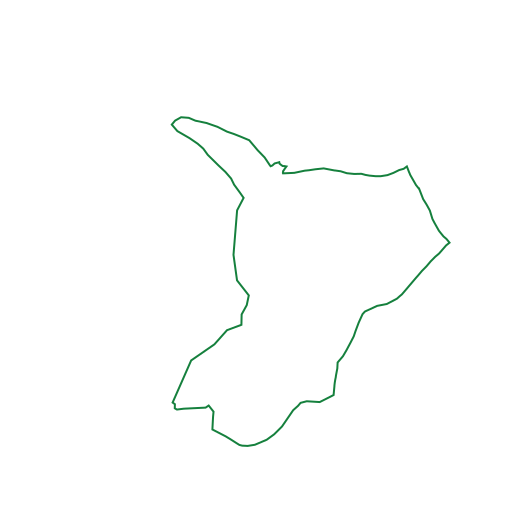 outline of Shomgom, Gombe, Nigeria, rotated 312°
{"feature_id": "59680162B64183111122385", "entity_name": "Shomgom", "entity_type": "district", "adm_level": 2, "iso_a3": "NGA", "parent_name": "Nigeria", "parent_adm1": "Gombe", "projection": "albers", "projection_center": [11.229, 9.728], "detail": "fine", "context": "isolated", "style": "outline", "palette": "green", "viewbox_px": 512, "rotation_deg": 312, "n_neighbors": 0, "source": "geoboundaries", "source_scale": "gbopen_adm2", "svg_char_len": 2161}
<svg xmlns="http://www.w3.org/2000/svg" viewBox="0 0 512 512"><g transform="rotate(312 256 256)"><path d="M97.9,339.7L101.7,354.2L102.1,356.4L102.6,358.9L104.0,367.3L104.5,370.1L105.8,372.6L109.3,376.9L115.0,381.5L126.6,386.9L135.6,388.8L140.7,389.1L146.7,389.4L155.8,388.2L166.3,386.8L172.7,387.5L176.7,387.4L182.0,390.9L190.1,401.1L204.6,406.7L211.7,401.4L212.3,400.9L214.7,399.2L217.2,397.6L219.1,396.5L220.7,395.4L226.8,391.7L231.5,387.9L239.2,387.7L239.6,387.7L246.4,386.3L254.5,384.3L261.7,382.4L266.8,380.2L275.2,376.9L284.1,374.1L287.5,374.1L288.1,374.3L300.0,379.4L307.8,385.3L318.6,389.3L322.4,389.7L325.0,390.1L333.1,389.9L336.1,389.8L339.9,389.7L347.1,389.5L349.1,389.5L356.1,389.3L362.5,389.6L368.9,389.4L375.3,389.7L380.4,390.4L391.1,390.2L395.4,390.9L396.1,386.2L396.1,385.9L396.0,382.2L396.8,377.1L397.2,374.9L400.0,366.6L401.6,362.3L406.1,354.8L408.1,349.1L408.6,347.5L410.1,342.2L415.0,332.5L414.9,332.5L415.0,332.2L415.8,327.4L417.4,322.6L419.4,316.5L420.6,314.0L420.6,313.9L423.5,308.2L419.6,307.4L415.7,304.9L409.7,302.5L404.1,299.6L398.9,295.4L395.5,291.7L392.1,287.1L391.9,286.9L389.7,283.4L389.4,282.9L387.8,279.7L387.5,279.2L382.7,274.1L378.3,268.1L375.6,262.2L372.3,257.3L372.1,257.1L366.4,247.7L360.3,242.2L355.2,238.0L352.0,235.1L343.4,228.8L335.5,220.8L335.7,220.4L336.6,219.9L337.1,219.4L337.7,219.3L338.0,219.3L339.3,219.1L340.9,218.9L342.9,218.7L341.8,216.9L340.7,215.6L340.5,213.7L340.4,211.7L341.3,210.5L337.2,207.9L334.2,207.6L332.5,206.8L332.7,205.6L335.0,196.5L335.7,186.5L337.5,173.5L334.3,164.4L332.1,158.5L331.5,157.0L331.4,156.8L329.0,151.2L326.2,140.9L321.7,130.2L316.0,120.4L313.7,113.6L309.0,107.5L302.5,105.3L297.3,105.5L296.2,114.0L299.1,127.7L300.4,137.5L300.5,145.0L298.9,152.4L298.2,167.5L298.0,177.0L296.9,185.7L296.2,187.4L294.6,191.4L294.5,191.7L294.4,191.8L292.5,200.9L290.9,207.9L277.3,211.4L241.8,238.5L225.2,258.2L221.9,277.0L213.3,282.0L203.0,284.4L195.1,291.2L181.5,284.1L162.5,284.2L135.0,277.7L91.3,292.1L91.6,294.9L88.5,297.5L88.6,298.3L89.0,300.0L94.2,304.5L109.6,320.0L113.2,320.9L111.9,328.6L107.5,331.9L104.4,334.4L98.0,339.6L97.9,339.7Z" fill="none" stroke="#15803d" stroke-width="2"/></g></svg>